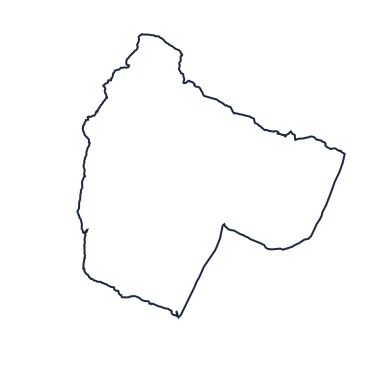 North Tanna, Tafea, Vanuatu, rotated 296°
{"feature_id": "77236927B7031422019545", "entity_name": "North Tanna", "entity_type": "district", "adm_level": 2, "iso_a3": "VUT", "parent_name": "Vanuatu", "parent_adm1": "Tafea", "projection": "orthographic", "projection_center": [169.312, -19.371], "detail": "fine", "context": "isolated", "style": "outline", "palette": "slate", "viewbox_px": 384, "rotation_deg": 296, "n_neighbors": 0, "source": "geoboundaries", "source_scale": "gbopen_adm2", "svg_char_len": 5890}
<svg xmlns="http://www.w3.org/2000/svg" viewBox="0 0 384 384"><g transform="rotate(296 192 192)"><path d="M293.1,312.6L293.3,311.8L293.4,308.9L294.3,307.6L294.2,307.3L293.6,306.9L293.5,306.1L293.7,303.3L294.0,302.2L293.9,301.4L292.4,298.8L291.4,297.9L291.3,297.5L291.5,296.8L291.5,294.5L291.8,292.2L292.5,291.2L293.8,291.1L294.0,290.8L294.8,288.8L294.4,287.1L294.8,285.9L294.9,285.1L294.4,284.0L294.3,282.5L293.7,281.2L293.7,280.6L294.6,278.6L294.7,276.6L294.2,275.0L293.4,273.7L292.0,272.5L290.9,270.7L289.4,269.3L288.3,267.3L287.4,266.1L286.8,264.6L284.2,262.2L284.3,261.7L288.1,259.5L288.3,259.0L288.3,256.8L289.4,255.1L289.7,254.3L289.3,254.0L286.6,253.3L285.2,252.0L283.0,251.7L282.8,251.4L283.1,250.7L283.7,250.7L283.8,250.5L282.9,248.2L283.1,247.3L282.7,246.5L282.5,244.6L282.1,244.3L282.1,243.6L282.7,243.9L283.3,243.8L283.7,243.1L283.8,242.3L283.6,241.1L281.5,237.5L281.2,235.7L280.7,235.0L280.6,232.0L280.1,231.1L279.7,230.9L279.5,229.8L280.2,227.9L280.3,226.3L281.0,225.2L281.0,222.9L281.8,221.2L281.6,218.7L282.4,217.5L285.0,215.6L285.0,215.3L285.0,210.0L284.3,207.6L283.4,202.8L282.5,199.9L282.4,198.2L282.1,197.7L281.6,195.7L281.1,195.3L282.3,193.2L284.8,190.0L285.2,188.9L285.1,187.9L284.7,187.1L285.0,185.3L284.8,184.6L284.4,184.2L285.4,179.6L285.3,176.7L286.0,173.9L283.8,161.6L283.7,160.7L284.4,159.4L285.9,157.9L287.5,155.2L288.3,154.5L288.9,153.5L289.2,151.9L289.1,151.1L288.4,149.4L288.8,147.5L290.1,147.2L290.3,145.8L290.8,145.1L290.9,144.0L290.4,141.4L290.8,141.0L290.6,140.4L290.2,140.0L289.6,139.8L288.8,139.0L287.9,139.0L287.5,138.8L286.5,137.4L286.4,136.5L286.6,136.2L289.7,135.7L290.7,135.2L291.4,134.2L293.6,132.7L294.3,131.7L293.9,130.4L294.0,130.0L295.1,128.8L295.9,127.4L296.9,126.4L297.6,126.1L300.2,125.7L301.4,124.4L302.6,123.9L305.0,124.3L308.9,122.4L309.4,122.4L310.3,123.2L311.0,123.1L311.3,122.8L311.9,121.1L313.0,120.2L313.7,118.4L313.7,117.1L313.4,114.8L314.3,110.4L314.3,107.0L314.9,105.7L314.8,104.3L315.0,102.7L316.5,99.2L316.8,97.3L316.7,95.7L317.3,94.2L317.2,93.7L316.2,91.3L315.8,90.9L315.8,90.5L316.1,90.2L316.1,89.2L315.3,87.0L314.1,83.0L313.2,81.6L312.7,80.1L312.1,79.2L312.0,78.0L310.0,76.7L308.4,76.1L307.5,76.2L306.0,77.5L305.1,77.8L302.8,78.1L300.3,78.1L299.5,78.7L298.9,79.6L298.1,79.6L296.5,80.0L294.6,79.4L293.6,78.5L292.7,78.6L291.2,78.1L290.1,77.4L288.9,77.4L288.0,76.9L286.2,76.3L284.6,76.2L283.8,75.6L282.5,75.3L280.2,75.9L278.6,76.7L277.9,77.5L278.2,79.9L277.2,79.8L276.5,80.2L275.5,79.2L274.8,78.0L274.3,76.4L273.3,75.5L272.5,73.6L270.1,72.8L269.5,72.3L269.2,71.4L268.4,70.6L267.8,70.3L267.4,69.6L265.2,69.6L264.2,69.2L263.5,69.1L262.5,69.7L261.7,69.9L259.8,70.1L258.9,69.7L258.3,69.7L258.0,69.8L257.6,70.2L256.9,70.3L255.8,67.9L255.2,67.9L254.2,68.4L253.4,68.4L252.4,67.7L251.7,66.8L249.7,66.3L249.1,65.6L248.7,65.6L248.5,65.8L247.7,67.8L247.3,68.4L246.5,69.1L245.4,69.0L244.5,69.3L243.0,70.4L242.1,72.0L240.4,73.3L240.1,74.1L239.7,74.3L239.2,74.3L239.0,73.7L238.7,73.6L236.0,73.3L234.0,72.7L232.4,72.7L231.3,72.5L229.6,71.8L227.6,72.0L226.6,71.5L224.7,71.6L224.1,71.4L223.0,71.8L223.0,70.9L222.6,70.7L221.1,70.7L220.7,71.1L220.2,71.1L219.1,70.9L218.0,70.9L216.9,69.2L215.2,68.2L214.4,66.0L213.6,65.4L213.1,65.6L212.4,66.7L211.4,67.0L211.1,66.4L210.3,65.7L210.1,65.1L208.5,65.4L208.0,65.2L207.2,65.2L205.8,65.6L205.2,65.3L203.8,65.5L203.4,65.1L202.8,65.3L202.1,65.8L201.1,65.9L200.5,66.6L199.3,67.2L198.2,68.8L196.4,70.3L195.4,72.5L194.7,74.9L193.7,76.5L192.9,77.1L191.5,77.5L191.2,77.8L191.2,78.6L188.0,79.2L186.7,78.9L185.5,78.9L183.8,79.4L181.7,79.5L179.0,80.9L175.9,80.9L174.8,81.3L173.5,81.3L171.2,82.3L168.0,83.0L167.1,83.6L165.4,85.3L164.5,85.9L162.7,86.7L160.5,87.2L160.1,87.6L159.6,88.9L159.4,89.1L158.0,88.3L153.1,88.7L151.7,89.3L150.5,90.1L149.8,90.3L148.3,91.4L144.6,91.5L142.5,92.5L140.9,92.7L136.0,94.9L134.0,94.9L133.2,95.3L131.2,96.0L129.1,97.1L127.8,97.5L126.3,97.7L124.8,97.4L124.1,97.7L123.2,98.8L121.7,99.9L121.6,100.6L120.3,101.6L119.1,103.0L118.3,104.6L117.3,105.1L114.8,107.1L110.6,109.0L110.1,109.5L109.5,110.8L108.1,111.5L107.7,112.5L108.3,113.1L108.6,113.1L109.3,113.7L110.2,114.0L111.8,114.0L112.2,114.5L109.6,114.7L109.2,114.4L108.7,113.8L108.1,113.9L107.4,114.3L106.8,115.1L102.6,116.0L101.6,116.5L99.4,118.0L96.3,118.7L96.1,119.3L94.6,119.8L92.0,121.3L89.6,122.3L87.8,123.9L86.1,124.0L85.4,124.8L84.1,124.6L82.2,125.5L79.8,125.9L78.3,126.8L77.5,127.0L76.8,127.6L75.8,127.6L75.4,127.8L75.4,128.0L76.0,128.4L75.9,128.8L73.5,130.2L72.1,132.8L71.7,135.2L71.3,135.8L70.4,136.5L70.2,137.2L70.3,138.1L69.6,139.2L70.1,139.9L69.6,142.9L70.1,144.6L69.9,146.3L71.2,149.4L71.2,150.0L70.8,150.8L70.8,151.2L71.2,152.0L71.2,154.1L71.6,155.6L71.2,157.2L71.2,160.7L72.1,163.6L71.7,164.2L70.8,164.5L70.2,165.3L70.0,167.3L70.3,168.0L70.9,168.8L70.6,169.3L68.5,171.1L68.1,172.1L68.3,173.7L67.4,174.3L66.7,175.1L66.9,175.8L67.8,177.4L68.4,179.1L70.2,182.0L71.4,182.6L72.1,184.2L73.0,185.4L73.4,186.5L73.8,190.6L73.4,192.1L73.3,193.1L72.9,194.2L73.0,195.4L73.3,197.2L74.7,200.8L74.5,201.4L73.0,202.7L73.8,204.0L73.4,204.5L73.4,204.9L74.2,205.4L74.5,206.4L74.5,210.0L74.7,210.9L74.5,211.7L75.2,213.9L75.4,217.9L76.6,222.1L76.2,223.4L76.3,225.5L76.1,225.8L75.8,226.1L75.2,226.0L74.5,226.6L73.4,228.3L73.5,229.6L73.8,230.0L73.8,232.3L74.5,232.5L75.2,232.3L77.4,230.6L77.6,230.7L76.3,232.1L73.9,234.0L73.3,234.8L76.5,235.9L107.3,235.9L114.0,235.5L118.0,235.9L130.2,235.5L149.2,238.3L153.1,238.3L162.6,237.5L175.3,234.3L177.2,235.1L175.5,237.1L175.3,238.8L174.5,240.6L174.5,241.7L175.0,244.5L175.8,246.7L175.3,253.5L175.7,257.4L175.5,260.0L175.7,262.2L175.2,265.1L176.0,276.6L176.0,279.9L174.2,283.0L174.2,285.5L175.5,289.1L179.8,296.1L180.0,298.9L184.3,303.6L186.8,306.1L189.9,308.1L193.2,310.8L198.5,313.9L200.8,317.0L204.3,318.4L214.4,318.3L217.2,318.1L223.8,318.9L227.6,318.9L230.6,318.1L238.7,318.3L255.3,316.9L263.8,315.8L274.1,315.8L284.0,314.7L293.1,312.6Z" fill="none" stroke="#1e293b" stroke-width="2"/></g></svg>